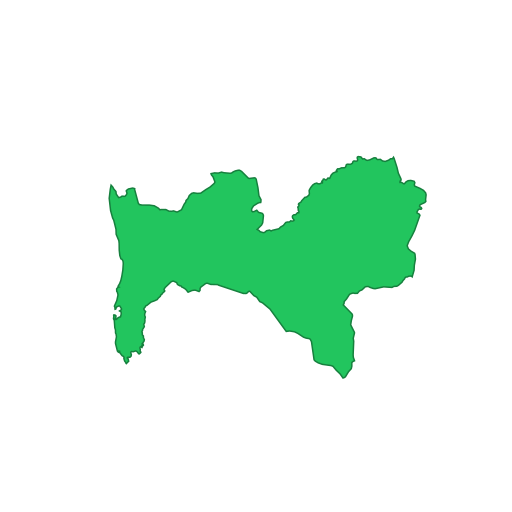 Mogincual, Nampula, Mozambique (Mercator projection), rotated 138°
{"feature_id": "85939544B68532442394498", "entity_name": "Mogincual", "entity_type": "district", "adm_level": 2, "iso_a3": "MOZ", "parent_name": "Mozambique", "parent_adm1": "Nampula", "projection": "mercator", "projection_center": [40.17, -15.431], "detail": "fine", "context": "isolated", "style": "filled", "palette": "green", "viewbox_px": 512, "rotation_deg": 138, "n_neighbors": 0, "source": "geoboundaries", "source_scale": "gbopen_adm2", "svg_char_len": 6139}
<svg xmlns="http://www.w3.org/2000/svg" viewBox="0 0 512 512"><g transform="rotate(138 256 256)"><path d="M316.3,405.6L319.5,403.2L326.5,397.1L333.7,387.0L337.1,380.2L337.8,377.7L342.2,369.5L345.4,365.7L347.7,359.1L349.3,356.9L353.7,351.9L356.9,347.5L358.3,344.3L357.8,343.1L358.0,342.1L358.4,340.9L359.8,339.1L364.3,334.7L369.3,330.7L372.9,328.2L375.9,326.7L378.8,325.8L379.1,325.4L378.8,324.7L379.8,325.1L381.6,324.8L383.1,323.0L383.3,321.8L384.6,319.4L389.3,316.0L394.8,313.5L395.0,312.6L396.4,310.7L395.8,310.4L393.8,311.4L391.3,310.7L390.7,309.9L391.3,306.7L391.9,306.2L394.2,306.5L393.7,304.7L393.9,304.3L395.2,302.9L397.5,301.4L398.3,302.0L399.9,302.4L402.2,302.3L403.2,303.1L402.7,303.6L401.5,303.9L400.1,305.2L400.3,306.6L401.2,307.4L401.4,307.3L401.6,306.7L403.9,304.7L404.4,303.0L408.9,297.2L409.9,295.1L411.9,292.8L412.3,291.5L413.8,289.3L418.0,286.1L419.0,284.9L422.6,278.1L422.6,277.6L421.9,277.5L421.1,276.5L421.5,276.0L422.3,276.0L421.9,275.4L422.2,271.5L421.7,270.1L421.9,268.9L422.8,268.2L423.9,265.9L424.1,263.8L424.4,263.3L424.4,262.8L421.0,263.0L419.8,265.3L419.9,266.4L419.6,266.6L418.9,266.5L417.4,265.1L416.0,265.1L414.7,266.0L413.8,267.9L413.0,268.4L412.5,268.4L411.3,267.0L409.0,266.0L408.7,265.5L408.4,264.5L408.6,261.8L408.2,261.3L406.1,261.4L405.8,261.9L405.8,262.8L404.5,264.0L403.9,265.3L403.1,265.8L402.4,265.7L402.0,264.3L401.3,264.6L401.4,265.3L401.1,265.7L400.5,265.7L399.9,265.0L399.5,265.0L399.4,265.5L400.0,265.8L399.6,266.5L399.2,265.8L398.9,265.8L398.7,267.1L396.3,267.6L395.0,268.5L394.3,270.7L393.2,271.9L393.2,273.5L391.8,275.1L391.5,276.1L390.1,276.6L389.5,277.3L386.3,278.2L385.1,280.4L383.5,280.8L381.9,282.1L381.1,283.2L379.1,284.7L378.7,286.0L377.4,287.5L375.2,288.6L375.3,290.2L374.9,291.6L374.4,292.0L373.0,292.1L371.2,292.7L370.1,292.3L364.8,292.0L361.4,290.6L358.5,289.7L357.0,290.1L354.0,290.1L352.8,290.8L351.7,290.5L350.5,290.9L347.5,290.9L347.1,291.2L346.9,292.5L346.4,292.9L344.4,293.4L336.4,293.6L335.1,293.2L334.3,292.8L333.0,290.0L332.8,289.1L333.4,287.4L332.6,284.9L331.8,284.1L331.9,282.5L331.3,281.3L330.6,278.7L330.5,276.7L330.8,275.0L330.6,274.5L326.7,273.2L324.7,271.9L323.7,270.8L322.1,267.7L320.6,267.9L319.3,269.3L317.8,269.8L312.3,269.3L311.2,269.0L310.3,268.2L308.6,265.1L303.7,260.5L303.2,259.1L290.5,236.7L288.5,234.8L287.6,234.5L285.3,234.6L284.4,234.2L284.2,233.5L284.1,228.0L283.0,224.9L283.7,219.6L282.5,216.9L281.1,207.2L284.0,179.7L281.2,177.8L278.1,173.9L276.7,170.5L275.0,163.9L273.8,161.6L271.7,158.9L271.4,157.8L272.1,155.2L282.3,140.0L282.3,138.2L281.3,135.0L279.2,131.1L273.5,124.3L272.6,122.5L272.8,117.5L272.4,112.2L273.0,107.1L271.5,106.5L270.3,106.4L264.7,108.1L260.6,108.5L258.5,110.0L256.1,112.7L254.5,112.7L252.9,112.2L251.5,115.5L250.0,117.5L240.4,127.3L238.8,129.8L234.3,132.9L233.9,133.5L231.7,141.5L228.4,144.2L224.6,146.7L223.8,147.6L223.4,148.7L223.9,161.2L222.2,161.9L221.0,163.1L217.5,163.5L212.7,164.8L211.4,164.8L208.7,163.6L207.6,162.1L205.6,160.4L202.5,160.8L199.9,159.9L195.3,160.0L193.0,158.3L192.2,156.2L190.6,153.4L189.4,152.0L181.7,147.6L176.0,141.7L173.8,141.1L171.6,139.3L169.8,138.9L165.1,138.8L163.2,139.4L160.9,139.6L159.9,140.1L158.8,140.1L157.6,139.2L155.8,138.7L154.0,137.1L153.9,136.0L148.1,139.6L144.5,143.2L139.6,147.0L136.8,150.7L136.3,151.9L137.6,156.0L138.0,159.3L136.8,162.5L132.9,164.5L126.7,166.6L121.0,168.9L106.9,176.6L106.7,178.0L107.5,180.2L106.8,181.1L104.2,181.9L103.2,181.6L102.3,180.5L101.7,180.2L101.0,180.5L100.8,181.6L101.3,183.0L101.1,183.7L99.7,184.3L94.8,182.8L93.3,182.9L92.2,184.5L88.7,187.6L87.7,189.4L87.6,192.7L88.9,196.6L91.3,201.8L90.7,203.0L88.9,204.2L88.5,205.7L90.4,208.6L92.6,210.2L94.8,210.7L97.4,210.4L97.9,210.8L98.7,213.6L99.7,214.3L98.9,215.2L97.3,215.4L96.6,216.5L94.8,222.3L92.0,227.4L88.2,235.8L87.7,237.4L89.5,237.0L90.9,238.2L93.4,238.5L96.7,239.8L98.4,242.0L98.9,244.6L101.2,246.4L101.4,247.0L101.2,248.4L101.6,249.1L102.6,250.0L107.1,251.3L109.1,252.4L109.8,253.2L110.5,255.9L111.8,256.7L111.9,258.4L111.6,258.7L111.9,259.6L113.5,261.5L114.4,261.7L115.2,261.2L115.9,259.7L116.7,259.0L117.3,259.0L118.1,259.4L119.6,261.1L120.7,261.3L122.4,260.4L124.4,260.9L126.8,263.2L127.8,263.4L129.8,262.2L131.1,262.3L133.6,264.4L135.6,265.0L137.1,266.2L139.0,265.8L139.0,264.7L139.5,264.5L140.3,265.1L143.4,266.1L145.8,265.9L149.3,264.4L150.3,265.8L152.7,265.5L153.4,266.0L153.8,267.6L154.5,268.1L155.8,267.5L157.1,267.5L157.5,266.9L157.2,266.4L157.8,265.9L158.6,266.6L160.3,266.9L161.7,268.3L162.0,269.5L164.0,270.5L166.3,270.8L169.4,270.3L171.9,269.5L172.8,269.0L174.6,266.6L176.1,265.8L179.1,266.0L180.4,266.9L185.0,266.5L186.5,266.0L189.1,266.4L189.8,266.1L189.7,265.4L190.6,264.6L191.9,264.5L192.5,264.0L192.5,263.6L194.2,261.4L194.2,260.5L195.3,259.5L196.3,260.4L198.6,260.2L199.2,260.4L200.3,261.3L201.9,261.4L202.8,260.8L203.4,259.6L203.6,257.2L204.3,257.0L205.8,257.6L206.6,258.9L208.4,258.9L210.0,260.3L211.5,261.0L215.2,260.4L218.4,261.1L220.7,260.9L226.6,264.1L228.0,264.5L228.6,266.2L231.2,267.7L233.9,267.8L234.9,268.4L236.7,271.3L236.7,273.0L237.4,275.0L231.1,275.3L228.8,276.2L223.9,280.6L223.2,281.4L222.8,282.7L222.9,283.7L224.9,286.7L224.8,289.5L227.7,290.3L229.0,291.2L229.0,292.5L227.6,294.0L224.3,294.9L219.5,294.1L217.9,293.5L216.7,292.6L216.0,293.1L214.6,294.5L213.5,298.8L208.9,305.4L204.5,312.9L204.3,314.2L204.8,315.1L209.2,318.2L209.6,318.9L210.1,328.5L210.8,330.7L211.9,331.7L214.5,333.1L216.7,333.8L218.7,334.0L219.9,334.8L224.1,339.3L225.5,341.4L228.5,342.8L231.2,345.5L234.3,347.3L234.8,346.3L235.0,343.5L236.8,338.9L237.1,338.4L238.5,337.9L244.1,338.0L248.8,338.9L255.1,339.7L257.7,341.8L260.1,344.7L261.9,345.6L265.1,345.6L268.2,344.2L270.8,344.1L272.1,343.1L274.6,342.6L280.4,340.2L284.9,341.3L285.5,341.8L287.1,344.7L288.8,345.7L290.7,347.6L291.9,350.8L295.5,354.1L296.5,354.6L296.5,356.8L298.0,361.4L301.1,365.1L306.6,370.1L308.2,372.2L308.2,373.9L301.6,386.8L301.1,387.1L301.4,387.9L302.3,389.1L306.0,391.2L308.3,391.4L308.9,391.2L309.8,389.0L311.1,388.3L313.2,388.0L314.2,388.6L314.7,389.4L315.7,390.2L317.2,390.3L319.0,391.3L318.4,395.6L316.9,397.7L316.9,400.7L316.3,403.1L316.3,405.6Z" fill="#22c55e" stroke="#15803d" stroke-width="1.5"/></g></svg>